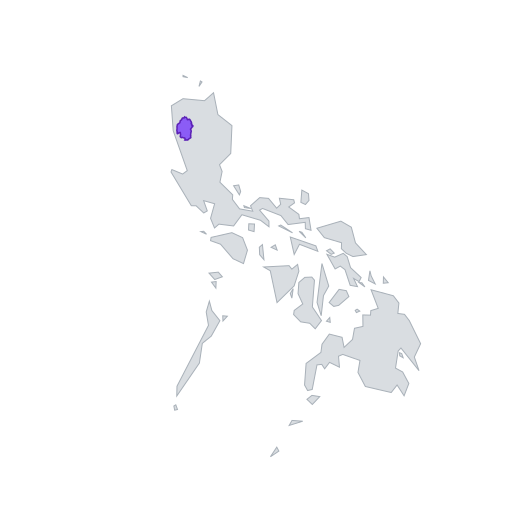 location of Abra, Abra, Philippines, rotated 341°
{"feature_id": "2640588B11393510524278", "entity_name": "Abra", "entity_type": "district", "adm_level": 2, "iso_a3": "PHL", "parent_name": "Philippines", "parent_adm1": "Abra", "projection": "mercator", "projection_center": [120.786, 17.564], "detail": "fine", "context": "in_parent", "style": "filled", "palette": "violet", "viewbox_px": 512, "rotation_deg": 341, "n_neighbors": 0, "source": "geoboundaries", "source_scale": "gbopen_adm2", "svg_char_len": 6868}
<svg xmlns="http://www.w3.org/2000/svg" viewBox="0 0 512 512"><g transform="rotate(341 256 256)"><path d="M238.2,83.5L257.9,92.4L269.0,87.8L266.0,109.9L275.7,124.9L265.5,150.8L251.2,157.8L251.5,165.0L245.9,174.5L253.9,190.6L252.1,194.8L255.8,206.1L267.5,212.6L267.2,206.7L278.5,202.0L286.6,205.6L291.1,217.5L296.2,215.1L296.9,209.0L310.0,215.1L309.7,218.3L302.9,220.3L310.1,230.6L309.2,234.9L318.6,236.9L316.4,249.6L311.6,246.3L313.5,240.2L296.6,236.7L292.7,225.9L277.7,213.2L274.3,213.8L279.6,227.2L277.8,232.6L271.9,223.7L256.1,212.4L244.6,220.3L231.3,213.8L225.9,216.0L225.3,205.6L233.9,193.1L224.5,186.6L224.6,197.5L220.6,198.3L215.7,189.0L211.2,187.4L203.0,148.9L204.6,146.9L213.3,154.6L218.8,152.9L218.5,110.6L224.9,86.4L238.2,83.5ZM353.8,325.4L372.9,338.3L375.8,347.0L371.4,356.5L377.4,359.5L379.9,367.0L383.1,392.5L372.8,403.1L372.8,417.5L363.1,390.2L359.5,392.1L351.4,407.4L356.9,413.4L359.0,426.3L350.5,436.4L347.4,423.9L339.4,429.1L316.9,415.0L314.5,399.3L320.3,388.6L306.0,377.3L301.4,377.6L298.7,388.3L290.9,380.5L284.2,385.0L282.9,379.9L278.2,378.8L265.7,400.5L261.0,400.0L259.9,393.8L268.4,373.9L286.0,368.3L289.7,360.9L299.9,353.7L310.9,360.9L309.5,371.1L320.1,366.3L325.6,356.4L334.2,357.4L337.8,346.5L345.0,349.2L346.8,345.0L354.5,345.3L353.8,325.4ZM296.9,338.4L288.3,344.1L284.9,337.1L276.8,332.8L272.5,323.6L274.4,319.9L284.6,316.6L283.5,305.3L287.9,295.0L295.2,292.1L301.9,294.1L303.4,297.9L292.7,322.5L296.9,338.4ZM347.6,250.7L355.5,259.8L354.3,276.0L360.8,290.6L347.5,288.1L342.2,282.8L339.1,276.9L341.2,271.3L326.6,260.9L322.6,249.6L347.6,250.7ZM259.7,268.9L284.1,275.9L285.6,280.1L292.6,277.5L291.6,284.3L282.3,296.7L260.7,306.9L264.7,274.6L259.7,268.9ZM167.6,338.8L135.5,362.6L138.9,353.4L188.5,306.1L190.7,292.7L197.2,283.5L196.5,293.2L200.8,305.4L187.6,317.2L176.8,321.1L167.6,338.8ZM219.6,223.8L240.8,226.1L249.3,234.3L249.8,247.7L241.7,259.1L233.4,251.1L226.3,233.3L218.0,226.7L219.6,223.8ZM330.0,282.7L339.4,281.9L342.0,286.3L341.6,297.8L348.4,310.6L345.1,313.8L341.0,309.0L342.0,318.0L335.5,314.4L335.7,297.9L332.4,293.0L326.6,294.0L323.6,277.5L330.0,282.7ZM298.2,333.7L298.6,319.8L315.9,284.6L315.0,308.1L306.9,315.4L298.2,333.7ZM330.6,324.6L318.1,329.6L313.1,329.0L310.0,323.8L323.7,314.6L330.1,318.2L330.6,324.6ZM294.6,249.2L315.9,265.9L316.0,271.7L300.9,259.1L292.6,267.0L294.6,249.2ZM324.2,220.7L319.5,223.4L315.9,219.9L320.8,208.6L325.9,214.2L324.2,220.7ZM270.5,409.7L260.9,414.7L257.5,408.1L263.5,406.0L270.5,409.7ZM206.0,256.9L215.1,259.0L217.4,264.7L209.3,264.8L206.0,256.9ZM259.7,223.2L265.0,225.3L262.1,232.3L257.4,229.0L259.7,223.2ZM236.5,423.2L246.4,427.4L232.2,427.0L236.5,423.2ZM359.6,321.2L354.4,315.7L358.9,307.1L358.4,312.3L359.6,321.2ZM265.8,247.3L262.3,262.1L259.9,256.0L262.0,248.8L265.8,247.3ZM213.4,443.5L214.1,447.9L204.3,450.5L213.4,443.5ZM262.8,183.2L262.5,190.0L260.2,192.8L257.7,182.3L262.8,183.2ZM280.5,299.0L276.2,307.5L276.2,302.6L280.5,299.0ZM210.0,267.2L207.6,273.3L205.4,266.2L210.0,267.2ZM330.9,278.7L327.6,278.9L324.4,274.0L328.4,273.4L330.9,278.7ZM277.9,251.7L277.9,257.3L273.1,252.7L277.9,251.7ZM372.3,324.3L367.5,323.2L369.7,317.3L372.3,324.3ZM289.5,234.8L298.1,246.0L287.3,235.0L289.5,234.8ZM209.3,303.6L203.6,306.7L205.1,301.7L209.3,303.6ZM305.7,338.2L304.6,342.9L301.4,340.6L305.7,338.2ZM307.1,248.5L309.0,255.1L304.8,246.7L307.1,248.5ZM131.8,375.6L128.9,375.3L129.5,371.1L131.7,370.6L131.8,375.6ZM336.2,341.9L332.5,342.2L332.1,339.7L334.3,339.2L336.2,341.9ZM362.0,400.1L359.4,397.2L360.2,394.2L362.0,395.7L362.0,400.1ZM214.6,215.6L216.3,219.3L211.8,215.0L214.6,215.6ZM347.4,315.8L348.9,320.7L344.8,314.7L347.4,315.8ZM261.6,73.9L257.3,77.1L260.4,72.4L261.6,73.9ZM266.6,209.4L260.8,206.4L260.9,204.5L266.6,209.4ZM245.8,61.5L249.5,65.1L245.4,62.7L245.8,61.5Z" fill="#d9dde1" stroke="#a8b0b8" stroke-width="1"/><path d="M238.4,109.3L238.4,107.8L238.3,107.6L238.2,107.2L238.1,106.7L238.1,106.4L238.0,105.9L237.9,105.6L237.8,105.4L237.7,105.1L237.4,104.9L237.2,104.9L236.9,104.8L236.7,104.9L236.4,105.0L236.2,105.0L235.8,104.9L235.6,104.8L235.6,104.7L235.5,104.3L235.5,103.3L235.3,102.7L235.1,102.3L235.1,102.2L234.7,102.1L234.5,101.9L234.3,101.8L234.0,101.7L233.9,101.6L233.7,101.3L233.5,101.6L233.4,101.8L233.2,101.9L233.1,102.0L232.9,102.0L232.7,101.9L232.3,101.8L232.1,101.7L231.9,101.7L231.7,101.6L231.3,101.7L231.1,101.7L230.9,101.9L230.8,102.0L230.7,102.2L230.5,102.4L230.3,102.6L230.0,102.9L229.9,103.0L229.6,103.1L229.4,103.2L229.2,103.2L229.0,103.3L228.9,103.3L228.7,103.3L228.4,103.5L228.2,103.7L228.2,103.8L228.1,104.0L228.0,104.3L227.9,104.4L227.9,104.5L227.7,104.8L227.5,105.0L227.4,105.1L227.2,105.3L226.8,105.4L226.7,105.4L226.5,105.5L226.0,105.6L225.9,105.6L225.7,105.7L225.4,105.8L225.2,105.8L224.9,105.9L224.8,106.0L224.7,106.0L224.4,106.2L224.2,106.5L224.1,106.8L223.7,107.4L223.5,107.8L223.4,107.9L223.4,108.1L223.3,108.3L223.3,108.6L223.2,108.8L223.0,109.1L222.7,110.3L222.2,111.0L222.1,111.3L222.0,111.7L222.0,111.9L222.0,112.0L221.9,112.1L221.9,112.5L222.0,112.8L222.0,113.0L221.9,113.1L221.9,113.3L221.7,113.4L221.7,113.5L221.5,113.8L221.4,114.1L221.4,114.3L221.4,114.5L221.5,114.8L221.8,114.9L222.2,114.8L222.3,114.7L222.6,114.5L222.9,114.5L223.0,114.5L223.3,114.6L224.0,114.4L224.3,114.7L224.6,114.7L224.5,115.2L224.4,115.3L224.4,115.5L224.4,115.8L224.3,116.2L224.3,116.3L224.3,116.5L224.2,116.6L224.1,116.9L224.0,117.0L223.9,117.2L223.8,117.4L223.6,117.7L223.4,118.0L223.3,118.3L223.3,118.5L223.3,118.8L223.5,119.2L223.8,119.6L224.0,119.7L224.0,119.8L224.3,119.8L224.5,119.8L224.7,119.7L225.0,119.9L225.2,120.0L225.4,120.2L225.9,120.7L226.7,121.0L226.8,121.1L227.0,121.2L227.0,121.3L226.9,121.4L226.9,121.5L226.7,121.6L226.8,121.6L227.0,121.6L227.0,121.8L227.1,122.0L227.1,122.3L226.9,122.5L227.0,122.7L227.0,122.8L226.9,122.9L226.8,123.0L227.0,123.0L227.2,123.3L227.3,123.4L227.3,123.5L227.5,123.5L228.2,123.6L228.4,123.7L228.5,123.7L228.5,123.8L228.8,123.9L228.8,124.0L229.2,124.0L229.4,124.0L229.7,123.9L229.8,123.9L230.1,123.9L230.3,123.6L230.9,123.3L231.6,123.1L232.0,123.1L232.4,123.1L232.6,123.0L232.8,122.9L233.0,122.6L233.1,122.4L233.1,121.9L233.1,121.7L233.2,121.3L233.3,121.2L233.3,120.9L233.5,120.8L233.6,120.7L233.5,120.4L233.6,120.2L233.8,119.8L233.8,119.6L234.0,119.4L234.1,119.2L234.3,118.9L234.4,118.4L234.5,118.3L234.5,118.1L234.8,117.8L235.0,117.7L235.3,117.2L235.3,116.9L235.3,116.6L235.5,116.3L235.5,116.0L235.5,115.7L235.5,115.4L235.4,115.2L235.3,114.9L235.4,114.7L235.5,114.6L235.8,114.5L236.0,114.4L236.4,114.1L236.5,114.0L236.6,113.9L236.9,113.8L237.1,113.7L237.2,113.4L237.3,113.2L237.6,113.1L237.8,113.1L238.2,113.1L238.4,113.0L238.4,112.8L238.4,112.7L238.5,112.5L238.4,112.5L238.4,112.4L238.5,112.3L238.6,112.2L238.5,111.9L238.4,111.7L238.0,111.5L237.8,111.3L237.9,111.1L238.1,110.8L237.9,110.5L237.9,110.2L237.9,109.9L237.9,109.7L238.0,109.7L238.3,109.6L238.3,109.4L238.4,109.3Z" fill="#8b5cf6" stroke="#5b21b6" stroke-width="1.5"/></g></svg>